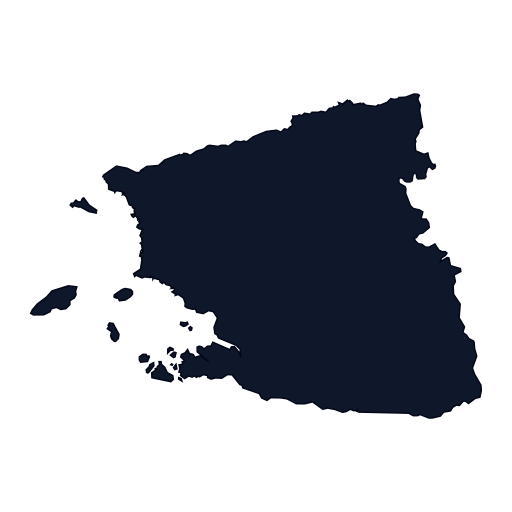 the district of Kota Sorong, Papua Barat, Indonesia
{"feature_id": "22746128B11366688050704", "entity_name": "Kota Sorong", "entity_type": "district", "adm_level": 2, "iso_a3": "IDN", "parent_name": "Indonesia", "parent_adm1": "Papua Barat", "projection": "mercator", "projection_center": [131.281, -0.866], "detail": "fine", "context": "isolated", "style": "filled", "palette": "ink", "viewbox_px": 512, "rotation_deg": 0, "n_neighbors": 0, "source": "geoboundaries", "source_scale": "gbopen_adm2", "svg_char_len": 6099}
<svg xmlns="http://www.w3.org/2000/svg" viewBox="0 0 512 512"><path d="M420.4,105.3L417.7,99.1L419.3,95.3L417.7,94.2L414.0,94.0L405.4,97.2L398.7,97.5L397.9,98.8L394.2,99.4L390.9,98.6L387.2,102.3L379.7,105.3L378.4,104.8L376.0,106.4L366.0,105.3L363.1,103.2L361.5,104.5L360.7,103.2L352.7,104.8L352.7,103.4L349.7,100.5L347.8,101.3L347.3,100.2L342.7,104.0L338.5,102.6L339.5,105.1L335.0,107.2L333.4,106.7L333.1,108.0L329.4,108.3L325.9,112.3L321.0,111.3L318.4,112.3L311.9,112.3L310.1,114.2L304.4,113.2L302.0,115.6L299.1,114.8L297.7,115.9L292.7,116.1L293.2,117.8L291.1,121.3L292.4,123.7L291.9,126.4L290.3,126.7L287.6,129.6L284.4,128.8L280.9,132.1L276.6,130.2L266.2,131.5L253.3,136.7L246.6,141.8L243.9,141.0L241.0,141.8L235.6,141.2L228.1,146.5L225.7,145.3L221.2,145.3L218.2,146.4L209.5,145.3L207.3,146.0L204.0,148.9L196.3,151.2L191.1,154.9L189.0,155.1L187.3,153.7L183.7,153.3L182.5,154.6L179.7,155.2L179.5,154.5L164.9,159.8L158.4,165.5L146.8,166.4L140.6,170.6L140.0,171.9L141.5,171.5L140.4,172.7L135.7,172.4L127.0,168.2L116.5,166.1L103.6,175.1L102.8,176.8L104.1,177.1L104.4,179.3L105.9,180.0L106.2,181.9L108.5,184.0L108.7,189.2L114.6,191.4L114.8,192.4L115.9,190.8L118.3,190.9L122.3,191.7L122.5,193.5L123.8,193.1L122.6,194.8L124.2,194.6L126.3,196.8L129.3,204.8L133.0,206.3L132.5,207.5L134.6,209.0L134.1,211.1L134.9,213.8L131.2,214.4L132.2,216.4L133.3,217.3L135.4,215.7L137.5,218.1L137.7,220.0L138.9,219.4L139.8,220.5L138.7,221.6L140.2,223.5L137.9,224.7L136.8,227.1L139.5,229.0L143.9,229.3L142.1,230.0L140.0,235.7L141.6,237.6L142.1,241.9L140.2,243.2L141.5,244.3L142.3,249.0L141.4,250.2L142.5,249.9L142.0,250.6L142.8,250.8L142.3,252.8L140.7,252.1L139.7,256.1L141.2,256.3L141.9,259.9L140.5,269.1L133.6,273.7L134.7,276.5L136.1,275.2L142.1,278.0L144.3,276.9L150.4,277.5L150.7,276.6L151.0,277.4L152.9,277.0L152.9,279.2L153.6,278.2L159.6,279.7L160.0,281.8L162.3,283.6L163.8,282.2L166.3,284.7L170.5,285.6L171.0,287.1L172.8,287.4L171.5,288.4L173.9,288.1L174.6,290.1L172.0,291.9L174.4,293.4L175.7,292.8L174.9,293.8L175.1,293.9L175.7,293.4L176.0,293.6L175.3,295.4L178.3,294.5L183.5,298.1L185.3,303.5L184.9,306.2L186.6,307.6L192.1,309.2L195.5,309.1L196.7,312.2L203.1,313.6L208.6,310.6L213.3,311.7L217.5,318.0L214.0,327.4L214.9,333.6L217.1,334.9L218.6,338.0L236.0,345.2L240.1,349.2L240.7,357.0L239.9,353.3L234.4,346.6L231.5,346.8L229.9,349.7L212.8,342.2L211.0,346.0L207.5,346.2L204.0,349.0L201.5,346.6L199.1,346.2L197.1,347.1L197.2,351.8L208.6,361.7L200.8,355.7L196.6,356.7L195.6,358.0L193.1,354.4L189.5,353.6L187.6,349.5L185.1,352.8L181.4,354.5L180.7,357.0L184.3,360.2L183.9,361.3L182.2,361.7L182.8,364.2L179.0,364.9L179.9,368.5L178.9,372.1L181.2,372.9L180.6,375.5L184.6,378.6L188.7,376.0L192.1,377.1L194.3,376.0L196.5,377.3L198.2,376.2L199.6,376.8L203.3,374.6L207.9,375.7L207.7,377.5L211.0,379.1L215.7,377.9L221.8,378.2L227.4,374.6L232.0,374.8L239.9,384.6L242.1,385.3L242.8,387.9L259.2,393.5L261.7,398.0L266.9,400.4L270.8,397.7L280.1,397.8L286.9,398.8L296.3,403.7L304.7,403.8L312.6,401.9L322.7,409.2L327.6,408.1L334.8,409.4L342.6,412.3L346.1,411.6L350.5,409.2L353.6,410.7L358.4,410.3L355.5,410.7L359.0,412.1L408.7,413.2L413.3,415.7L417.9,415.6L420.0,414.5L428.9,418.0L432.3,418.0L440.3,416.1L443.7,412.1L450.5,410.9L452.7,407.3L456.3,405.1L459.4,405.5L463.2,401.2L465.3,401.1L468.5,403.5L475.3,398.3L479.9,397.2L481.3,390.6L480.9,385.1L474.5,374.1L472.4,368.1L476.7,356.1L474.6,348.6L474.1,342.2L473.5,341.0L468.9,338.7L466.4,335.0L462.8,332.5L464.5,326.9L459.1,317.8L460.2,304.1L453.6,294.3L453.2,285.8L455.4,281.6L454.1,275.0L460.8,271.5L460.4,268.6L450.4,265.6L448.9,257.9L447.2,257.5L440.3,261.7L441.5,258.0L445.4,255.5L447.0,253.1L445.3,251.6L441.9,251.6L438.8,250.0L434.9,244.0L428.9,247.2L425.4,247.1L422.0,244.3L418.2,243.7L415.4,240.8L414.1,238.2L416.2,237.7L418.9,233.9L422.8,233.0L429.3,227.5L428.6,222.7L426.1,219.1L422.2,219.0L421.2,218.1L422.8,211.9L419.5,209.9L413.3,208.5L410.4,205.6L405.6,193.2L405.9,188.6L405.0,186.5L399.1,183.3L398.8,179.4L399.8,177.8L402.5,178.2L404.8,181.2L406.7,181.9L410.2,181.9L412.2,180.7L412.9,175.2L414.5,172.9L416.4,174.1L416.7,177.5L418.1,179.0L424.6,178.5L426.0,176.8L425.6,174.1L427.3,168.2L429.2,166.4L432.4,169.4L434.7,168.2L435.5,166.2L434.8,164.3L433.3,164.7L431.5,163.1L428.8,157.7L427.9,153.0L423.9,154.3L415.7,150.8L415.1,143.8L415.9,141.4L415.1,139.0L418.8,133.0L419.1,129.8L422.6,127.1L419.6,110.4L420.4,105.3ZM68.3,285.8L52.0,290.9L46.5,297.1L37.4,303.9L32.3,309.9L30.7,313.3L33.4,314.9L43.7,314.8L50.1,311.7L51.2,308.9L52.3,308.5L56.6,307.4L60.8,309.5L65.8,308.7L69.9,304.6L69.8,300.7L74.4,297.9L76.1,294.7L75.5,291.3L76.8,286.8L68.3,285.8ZM161.0,361.6L159.0,361.6L159.5,364.8L157.4,366.4L157.2,368.0L155.2,368.7L155.8,370.1L151.7,372.8L151.9,377.7L170.8,381.7L173.3,379.4L172.8,375.6L167.3,372.6L164.7,367.2L161.5,364.4L161.0,361.6ZM83.8,197.9L82.5,198.4L80.9,201.9L78.1,201.8L75.9,200.1L73.5,203.0L71.2,203.3L70.2,205.1L72.7,207.2L74.0,205.6L79.1,207.2L80.0,206.7L89.0,211.6L96.3,213.1L96.7,210.2L89.3,205.3L83.8,197.9ZM125.2,288.5L122.1,289.5L114.3,294.9L114.0,297.0L115.3,297.7L116.5,296.8L116.5,298.1L118.2,298.2L119.5,300.8L125.3,300.0L130.3,296.8L132.5,294.2L132.5,291.5L130.6,289.5L125.2,288.5ZM113.1,323.5L109.5,322.9L108.1,325.2L109.1,326.1L107.3,328.7L111.7,331.7L110.6,335.9L111.7,338.9L114.4,341.4L115.6,341.3L118.3,338.7L119.0,334.3L113.1,323.5ZM146.2,354.4L142.9,354.3L139.4,356.8L139.3,359.9L140.6,362.2L147.5,361.5L149.4,356.9L148.9,355.9L147.1,356.5L146.2,354.4ZM153.9,365.7L153.6,362.6L149.7,364.7L149.4,366.6L146.2,369.8L146.6,372.4L147.9,373.0L148.9,372.2L153.9,365.7ZM186.4,322.9L180.8,322.2L180.4,324.6L183.3,326.4L185.6,325.9L188.1,324.0L187.1,322.1L186.4,322.9ZM175.1,356.8L176.0,352.6L173.9,352.1L170.4,355.1L173.6,357.6L175.1,356.8ZM173.1,348.8L169.9,347.3L167.8,349.0L167.7,353.1L170.2,350.5L173.1,350.1L173.1,348.8ZM174.8,369.6L176.9,368.9L176.0,364.3L173.5,367.6L174.8,369.6ZM191.4,330.2L192.0,327.9L190.3,326.6L188.7,328.1L190.1,330.5L191.4,330.2ZM181.1,378.6L178.7,377.6L178.7,379.2L181.9,381.1L181.1,378.6ZM172.3,365.2L172.7,364.5L171.5,363.9L170.8,364.8L172.3,365.2Z" fill="#0f172a" stroke="#020617" stroke-width="1.5"/></svg>